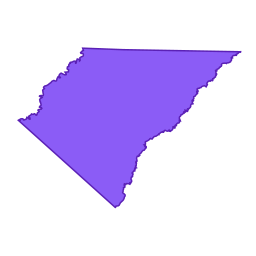 Bermejo, Formosa, Argentina (Natural Earth projection), rotated 92°
{"feature_id": "61730980B55817879292044", "entity_name": "Bermejo", "entity_type": "district", "adm_level": 2, "iso_a3": "ARG", "parent_name": "Argentina", "parent_adm1": "Formosa", "projection": "natural_earth1", "projection_center": [-61.415, -23.947], "detail": "fine", "context": "isolated", "style": "filled", "palette": "violet", "viewbox_px": 256, "rotation_deg": 92, "n_neighbors": 0, "source": "geoboundaries", "source_scale": "gbopen_adm2", "svg_char_len": 5726}
<svg xmlns="http://www.w3.org/2000/svg" viewBox="0 0 256 256"><g transform="rotate(92 128 128)"><path d="M47.9,19.2L49.9,135.7L49.8,176.1L52.1,175.3L52.5,176.4L53.1,176.7L54.2,178.0L54.8,177.8L55.1,177.5L55.1,175.7L55.5,175.4L56.6,175.1L57.6,175.4L58.0,175.8L58.5,177.2L59.6,178.6L61.7,178.2L62.2,178.2L62.7,178.8L61.5,179.0L61.0,180.0L60.8,181.1L62.5,181.7L64.2,181.9L65.1,182.3L65.1,182.6L64.7,182.8L63.4,182.4L63.1,182.6L63.0,183.9L63.3,185.0L63.9,185.7L64.2,186.5L64.1,187.1L64.6,188.2L65.4,187.9L65.8,188.7L66.9,189.4L68.6,189.4L68.8,190.3L69.1,190.7L70.0,190.8L70.8,190.9L71.3,190.7L71.7,189.5L72.0,189.3L72.8,189.5L74.0,189.5L74.4,192.9L76.2,191.6L76.8,191.6L77.0,192.2L77.0,193.4L75.5,196.7L75.8,197.3L76.5,198.0L77.6,198.7L78.5,198.6L79.9,197.4L80.3,197.8L80.1,198.6L79.2,198.9L79.0,199.4L79.2,199.7L81.0,200.6L83.2,201.1L83.5,201.6L83.6,202.4L83.0,203.7L83.3,204.4L84.1,205.8L85.0,206.4L85.2,206.7L85.5,206.8L86.3,208.1L87.3,209.0L88.4,210.8L88.8,211.9L88.8,212.4L89.4,213.1L90.0,213.7L90.6,213.8L91.6,212.9L92.8,214.4L93.7,214.6L94.8,214.2L95.8,214.2L96.5,213.9L97.7,213.7L98.5,213.9L98.6,214.0L98.5,214.4L98.7,214.8L98.5,215.8L98.9,217.4L99.3,217.6L99.5,217.4L99.5,216.3L99.9,216.0L99.9,215.3L100.5,214.8L101.2,215.8L101.3,216.5L102.9,217.3L104.2,216.8L104.9,216.9L105.1,216.7L105.1,216.4L108.0,215.6L108.9,216.0L109.0,216.5L109.4,216.9L110.2,217.3L110.4,217.1L110.5,216.1L110.7,215.2L111.4,214.8L112.2,215.4L112.1,215.9L112.5,216.6L112.7,217.9L113.2,218.6L113.5,218.6L114.3,217.6L114.7,217.4L116.1,219.1L117.1,219.3L117.5,219.6L118.0,219.5L118.4,220.0L118.3,220.5L117.5,221.1L117.0,222.0L117.0,222.3L117.5,222.7L117.7,223.2L117.6,224.1L117.3,224.9L118.4,225.6L119.9,227.9L120.3,227.9L120.4,227.2L121.0,226.5L122.2,226.2L122.6,226.2L122.7,226.4L122.1,227.6L121.5,228.2L121.0,229.5L121.5,229.5L122.9,230.3L123.2,231.4L123.7,232.3L123.5,232.7L123.0,232.8L122.5,233.5L122.4,234.3L122.7,235.7L123.2,236.4L124.1,236.3L124.3,236.0L124.8,236.2L124.7,236.8L124.0,236.9L123.7,237.1L123.7,237.3L124.1,237.9L208.2,137.5L207.2,137.9L206.9,137.4L206.5,137.3L206.1,135.0L205.5,134.2L203.0,133.0L200.5,130.5L199.8,130.0L198.0,129.3L197.3,129.3L196.0,128.5L194.9,128.6L194.2,129.4L193.9,129.6L193.4,130.5L192.6,131.1L191.6,130.7L190.3,130.7L188.9,130.2L188.0,130.5L187.6,130.3L187.3,129.2L187.0,129.0L186.3,129.2L185.7,129.7L185.1,129.6L184.9,129.8L183.9,129.6L184.0,129.1L184.9,129.0L185.0,128.8L184.7,128.3L184.2,128.2L183.6,127.5L183.8,127.1L183.6,126.6L183.6,125.8L183.8,125.1L183.4,124.7L184.1,124.4L184.2,124.2L183.9,124.0L183.4,124.2L183.1,123.9L182.5,124.1L182.4,123.6L182.8,123.3L181.8,122.8L181.5,122.5L180.0,122.6L179.3,123.2L177.7,123.1L177.0,122.9L176.9,122.4L176.5,121.9L176.1,122.0L175.8,121.7L175.4,121.9L173.8,121.3L173.3,122.2L172.7,122.3L172.2,122.1L172.1,121.7L171.6,121.2L170.4,120.5L170.4,120.2L170.7,119.8L170.6,119.6L170.0,119.8L169.7,120.1L169.0,119.8L168.5,119.9L168.1,119.4L168.3,119.1L167.7,119.0L167.5,118.4L167.0,119.2L166.7,118.8L165.8,119.1L165.7,119.1L165.7,118.6L165.4,118.5L163.8,118.5L163.2,118.3L162.2,118.5L162.4,118.8L162.4,119.0L161.6,118.9L161.1,118.7L161.0,118.0L160.7,117.8L157.8,118.4L156.0,117.8L155.7,117.1L156.0,116.7L156.0,116.3L155.4,116.0L155.0,115.4L154.6,115.8L154.2,115.9L152.4,114.0L150.8,113.1L149.8,112.1L149.6,111.0L148.6,110.3L147.9,110.1L147.4,109.3L147.0,109.1L145.9,109.2L145.8,109.5L146.3,110.0L145.5,110.6L144.9,110.2L144.2,111.4L144.0,111.1L144.1,110.4L143.7,110.0L142.2,110.0L141.7,110.3L141.3,110.2L140.8,109.6L140.3,108.3L139.4,107.0L138.7,106.1L138.0,105.8L137.7,105.3L137.7,105.0L138.0,104.7L138.2,103.5L137.0,102.7L135.6,101.5L135.2,99.7L133.9,97.9L133.5,97.3L133.5,96.8L132.8,97.0L132.4,96.2L131.1,94.8L131.1,93.9L130.5,93.6L130.4,93.2L130.5,92.9L131.0,92.6L131.0,92.4L130.2,91.8L129.5,91.8L129.2,91.4L129.0,90.7L129.6,89.6L129.8,88.4L129.4,87.4L128.7,86.9L129.1,86.7L129.2,85.7L129.8,86.1L129.9,85.5L129.7,85.2L129.2,85.1L128.6,84.0L128.1,83.5L126.4,83.0L126.4,81.6L125.6,82.1L125.6,83.1L125.3,83.1L125.0,82.0L125.4,81.3L125.4,80.9L123.8,81.0L122.8,79.9L123.7,79.9L123.8,79.7L122.3,79.5L121.8,79.2L121.3,78.4L121.3,77.4L120.5,76.8L118.5,77.0L118.5,76.7L119.0,76.2L119.1,75.9L118.3,76.1L117.9,76.8L117.2,76.7L116.3,77.1L114.9,76.8L114.3,75.9L112.9,75.5L112.7,75.3L112.9,74.7L111.4,73.0L111.2,72.5L110.4,73.0L109.7,72.6L109.7,72.1L110.2,71.7L110.1,71.2L109.5,71.1L108.9,70.5L108.6,71.5L108.2,71.6L108.4,70.8L109.4,69.6L109.3,69.1L108.7,68.9L108.5,69.1L108.3,69.8L108.1,69.9L107.6,68.4L107.2,68.2L106.6,68.7L106.3,67.5L105.2,66.5L104.4,66.1L103.3,66.2L102.1,65.7L101.8,65.2L101.6,63.9L101.3,63.9L100.5,64.7L99.6,64.5L99.1,64.8L98.9,64.7L98.6,63.6L98.2,63.5L97.9,64.1L98.5,64.5L98.4,64.8L98.2,64.9L96.4,63.2L96.0,63.4L94.4,63.4L93.9,62.1L92.6,61.3L91.0,59.7L90.7,59.7L90.8,60.3L90.6,60.5L89.9,60.4L89.3,59.7L89.1,60.6L88.9,60.6L88.2,59.5L87.2,60.3L86.6,60.3L86.3,59.6L85.8,59.3L86.0,58.4L85.2,57.5L85.2,56.6L84.1,55.8L83.4,54.3L83.1,52.9L84.0,51.7L84.1,51.2L83.0,50.9L82.4,50.4L82.0,50.5L81.7,50.2L81.0,50.7L80.4,50.7L78.5,49.4L78.2,48.6L78.4,47.5L78.3,47.3L77.8,47.4L77.3,46.2L77.3,45.9L77.8,45.5L77.7,45.1L77.3,44.9L75.8,45.0L75.6,43.9L74.6,43.6L74.0,42.4L72.6,42.2L72.2,41.7L71.0,42.2L70.9,42.1L71.0,41.3L70.8,41.3L69.9,42.0L67.4,42.5L67.2,42.2L67.1,41.7L67.9,41.8L68.1,41.6L68.0,41.3L66.2,41.0L65.5,39.3L64.1,38.7L64.0,38.0L63.4,37.6L63.0,36.9L62.3,36.6L61.5,36.9L60.9,36.7L60.4,36.1L60.1,35.5L59.8,33.4L59.9,32.1L60.1,31.8L59.5,31.3L59.3,29.7L58.5,28.2L58.3,27.9L57.8,27.9L57.3,27.3L56.4,26.9L54.1,27.2L54.0,26.8L54.4,26.1L54.3,25.9L53.4,26.4L52.8,26.2L52.2,25.5L51.7,24.6L51.8,24.1L51.6,23.4L51.6,22.2L51.3,22.1L50.9,22.6L50.7,22.5L49.7,20.8L48.3,19.4L48.4,18.4L48.1,18.1L47.8,18.1L47.9,19.2Z" fill="#8b5cf6" stroke="#5b21b6" stroke-width="1.5"/></g></svg>